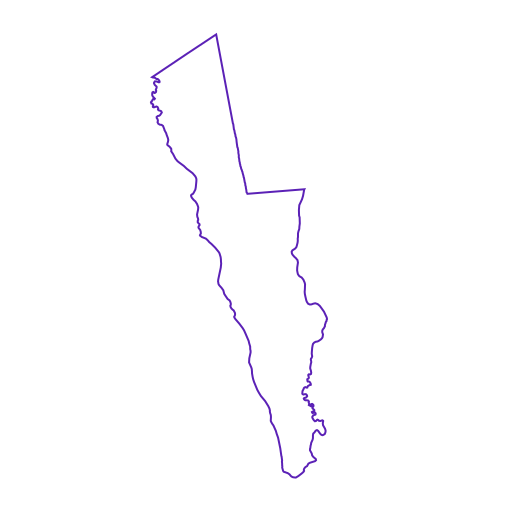 Maxixe, Inhambane, Mozambique (Robinson projection), rotated 153°
{"feature_id": "85939544B37735984540105", "entity_name": "Maxixe", "entity_type": "district", "adm_level": 2, "iso_a3": "MOZ", "parent_name": "Mozambique", "parent_adm1": "Inhambane", "projection": "robinson", "projection_center": [35.32, -23.871], "detail": "fine", "context": "isolated", "style": "outline", "palette": "violet", "viewbox_px": 512, "rotation_deg": 153, "n_neighbors": 0, "source": "geoboundaries", "source_scale": "gbopen_adm2", "svg_char_len": 6055}
<svg xmlns="http://www.w3.org/2000/svg" viewBox="0 0 512 512"><g transform="rotate(153 256 256)"><path d="M190.9,471.5L225.1,467.6L267.4,462.5L266.9,461.9L265.1,460.7L264.9,460.1L264.3,458.9L263.3,458.4L263.0,457.8L262.7,456.9L262.6,455.7L262.7,455.2L263.1,454.7L263.8,454.9L265.4,456.7L266.8,457.5L268.1,456.8L268.3,456.1L268.5,456.0L268.5,454.4L267.7,452.2L267.7,451.9L268.2,451.0L269.3,450.1L269.9,449.5L269.9,448.5L270.7,447.5L271.8,447.2L272.4,447.3L272.7,447.7L272.7,448.5L273.1,448.9L274.0,448.8L274.5,448.2L275.3,446.8L275.5,446.2L275.5,444.9L274.7,442.1L275.5,441.7L276.5,442.5L277.2,442.2L278.1,441.4L279.0,441.2L279.8,440.7L280.0,439.3L279.2,438.8L278.9,437.5L279.2,436.7L279.9,436.4L280.2,435.6L279.5,434.8L276.8,434.4L276.1,433.5L276.1,431.8L276.8,431.1L276.7,430.1L275.7,429.2L274.7,428.0L274.8,426.6L277.3,425.2L278.4,424.9L279.9,425.3L281.4,425.0L281.8,424.1L281.6,422.6L282.0,421.0L283.0,419.9L283.0,418.2L282.1,416.7L280.6,415.7L279.8,414.1L280.2,410.1L280.4,409.8L280.3,406.1L280.6,404.7L281.0,401.0L281.5,399.2L282.6,397.7L284.0,396.3L284.5,395.6L284.5,394.9L283.6,393.1L283.2,391.9L283.2,391.4L282.8,390.3L283.4,388.7L284.0,387.8L283.6,384.5L283.6,379.4L282.9,376.2L282.1,374.4L279.4,369.0L278.1,365.2L274.9,358.6L273.9,354.4L274.0,352.3L274.5,350.9L275.5,349.2L278.5,344.5L279.9,342.7L282.7,340.7L284.0,340.0L285.2,340.0L286.3,339.6L286.7,338.4L286.7,337.0L286.1,334.3L285.2,332.1L285.1,330.8L284.9,329.3L285.2,326.3L285.5,325.3L286.8,323.3L287.8,322.1L289.7,319.7L290.5,317.5L290.6,315.8L291.1,314.4L291.7,314.1L292.1,313.3L292.5,312.9L292.6,312.6L292.4,311.4L291.9,310.0L292.2,309.2L293.2,308.7L294.2,307.9L294.4,307.0L293.9,304.5L294.3,302.5L294.9,301.1L296.5,300.0L296.5,299.2L296.1,298.6L295.7,297.6L292.8,294.3L292.2,292.8L291.7,291.2L291.4,289.7L290.2,286.9L288.6,282.0L287.4,276.5L287.3,275.0L288.0,271.1L288.8,268.9L289.7,267.0L290.5,265.0L292.7,261.6L300.3,252.2L301.4,250.5L301.7,249.3L302.1,248.3L302.1,246.9L301.7,245.2L301.2,243.5L300.7,240.3L301.5,236.7L301.3,234.7L300.8,230.6L299.7,228.4L299.7,226.7L300.1,224.9L300.7,223.9L301.5,223.3L301.8,221.9L301.7,220.4L301.2,218.8L300.6,217.7L300.6,214.9L301.0,213.7L301.8,212.6L303.0,211.8L303.2,211.1L303.0,209.1L301.6,203.4L300.6,197.7L300.4,195.1L300.6,191.2L301.1,183.7L301.7,181.3L302.3,178.0L303.5,175.5L303.9,173.9L304.7,172.4L308.4,167.9L310.5,164.3L310.8,158.8L311.1,157.2L312.2,154.5L312.8,153.3L314.0,149.4L314.5,147.3L314.9,144.8L315.6,136.2L315.5,133.0L315.2,129.1L313.7,122.5L313.2,116.6L313.3,113.9L313.8,111.9L314.2,111.3L314.7,109.7L315.0,107.6L315.8,105.7L317.7,102.4L317.8,101.0L317.7,99.1L317.4,97.1L317.7,91.2L318.3,88.1L318.8,84.1L321.7,73.6L324.2,66.3L324.2,65.8L325.6,61.9L326.2,61.1L327.2,58.6L327.7,57.8L327.9,56.9L328.7,55.6L329.4,52.3L329.3,51.4L328.9,50.7L327.9,49.9L327.4,49.2L326.4,48.3L325.2,46.1L325.0,44.9L324.6,43.6L323.8,42.4L322.7,41.5L321.1,40.5L318.2,40.7L313.9,41.5L311.7,42.1L310.7,42.7L310.6,43.6L309.8,44.5L308.8,45.1L307.7,45.5L305.9,45.6L303.6,47.2L301.8,47.3L296.5,46.4L295.2,46.8L294.9,48.0L296.1,50.8L296.5,52.8L296.0,54.7L296.1,58.4L295.4,59.7L295.0,60.0L293.4,62.3L292.6,63.1L291.7,64.4L289.0,66.6L288.0,67.8L286.6,70.5L285.6,71.8L283.9,72.3L282.5,73.1L281.5,73.3L280.7,73.2L280.0,72.0L279.6,69.1L279.2,67.5L278.6,66.6L278.0,66.1L276.9,66.0L276.7,66.1L275.5,66.2L274.3,67.3L273.8,67.9L273.2,69.0L272.9,70.8L273.1,74.8L272.4,76.7L271.1,78.4L271.0,78.7L271.5,79.5L273.7,79.8L274.8,80.7L274.9,81.5L275.6,82.3L276.4,82.2L277.1,81.8L278.5,82.0L279.0,83.3L279.2,85.1L279.2,86.4L278.7,87.3L277.3,88.0L275.8,87.9L275.1,87.7L274.5,88.2L274.3,88.9L274.7,90.0L276.8,90.3L277.1,90.9L277.0,91.6L276.1,91.7L275.2,91.4L274.4,91.5L274.0,92.4L274.8,94.6L274.3,95.4L272.8,96.3L272.5,97.4L273.0,98.6L273.6,98.9L274.2,98.8L274.7,97.2L275.1,97.0L275.6,97.7L275.8,98.5L276.3,98.7L276.6,99.2L275.6,100.2L275.6,101.5L274.9,102.4L275.1,103.5L276.2,104.4L277.2,104.8L277.9,105.5L278.2,106.4L278.2,107.2L277.4,107.6L276.6,107.3L275.6,107.2L274.1,107.8L273.8,108.7L274.3,110.3L275.5,110.8L276.6,111.0L277.2,111.7L277.2,112.4L276.1,114.2L275.7,114.7L274.2,115.7L273.4,116.5L272.6,116.8L271.6,116.8L270.6,115.7L270.0,115.5L269.4,116.2L268.9,116.5L266.7,116.7L265.8,116.3L265.3,116.9L265.2,118.3L265.4,119.6L266.2,120.4L266.9,120.7L266.9,121.3L266.3,122.9L265.0,123.0L264.4,123.3L264.0,123.9L263.6,126.0L263.3,126.4L262.6,126.6L262.1,126.3L261.6,125.9L260.6,125.9L259.8,126.9L259.2,128.7L259.0,129.8L258.8,131.1L258.1,132.4L256.0,135.2L255.1,136.1L254.6,137.2L254.2,138.8L253.7,139.5L252.5,140.1L251.5,141.1L250.7,143.6L249.6,145.5L247.6,148.7L246.1,150.7L245.1,151.8L243.6,152.4L241.9,152.5L239.9,151.9L238.6,151.9L235.8,152.3L234.3,152.9L233.5,153.5L231.9,155.7L231.6,157.9L231.0,159.2L229.9,160.2L228.2,160.9L226.4,162.2L226.1,162.9L225.6,163.6L224.6,164.5L223.9,165.4L222.6,166.1L222.2,166.9L221.4,167.5L221.1,168.4L220.9,169.3L220.7,175.5L221.3,179.6L221.8,182.6L222.9,185.2L224.7,187.0L226.7,187.5L228.5,187.7L230.0,188.3L231.2,189.7L231.5,191.8L231.4,193.4L230.4,197.5L229.7,200.0L228.9,202.0L227.6,204.1L225.1,208.6L224.7,210.4L224.6,212.6L224.5,213.3L225.1,216.2L226.0,217.4L226.7,218.9L226.9,220.9L226.4,222.8L225.9,224.5L224.4,227.2L221.6,231.1L220.9,233.5L221.5,236.2L222.1,237.6L222.8,240.3L222.9,241.8L222.3,243.6L221.0,244.5L217.9,244.8L216.1,245.5L215.0,246.6L213.0,248.9L211.9,250.5L210.9,252.6L210.0,253.8L208.3,257.1L206.9,258.8L205.2,260.4L204.0,262.5L202.2,265.1L199.6,270.6L199.3,272.4L196.9,277.5L194.3,281.7L191.6,283.8L189.2,285.7L186.8,288.2L183.0,293.2L182.6,293.5L235.4,315.3L235.3,315.9L235.5,317.0L234.6,319.4L234.3,320.7L233.5,322.8L233.5,323.5L232.6,325.8L232.6,326.6L231.2,331.2L231.2,332.0L230.9,332.7L230.7,333.6L230.2,336.2L229.9,337.0L229.9,337.8L229.6,339.3L229.6,340.4L229.1,342.2L229.1,343.2L228.5,344.8L228.5,345.5L227.9,346.9L227.9,347.6L226.8,350.5L226.5,351.9L225.6,353.5L224.9,356.0L224.3,357.0L223.2,360.6L223.2,361.5L221.5,366.4L220.5,368.9L220.0,370.7L220.0,371.6L219.2,373.9L219.2,374.7L218.2,377.9L218.2,378.8L216.4,383.8L216.4,384.6L190.9,471.5Z" fill="none" stroke="#5b21b6" stroke-width="2"/></g></svg>